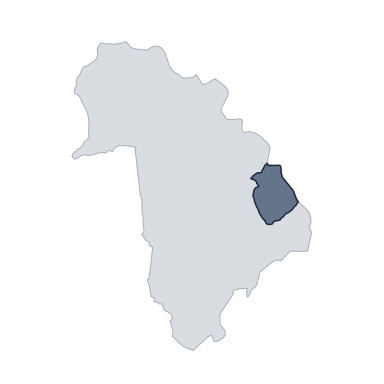 location of Soum within Burkina Faso, rotated 84°
{"feature_id": "BFA-2806", "entity_name": "Soum", "entity_type": "Province", "adm_level": 1, "iso_a3": "BFA", "parent_name": "Burkina Faso", "parent_adm1": "", "projection": "mercator", "projection_center": [-1.266, 14.274], "detail": "fine", "context": "in_parent", "style": "filled", "palette": "slate", "viewbox_px": 384, "rotation_deg": 84, "n_neighbors": 0, "source": "natural_earth", "source_scale": "10m", "svg_char_len": 4040}
<svg xmlns="http://www.w3.org/2000/svg" viewBox="0 0 384 384"><g transform="rotate(84 192 192)"><path d="M290.4,243.8L280.1,244.2L276.4,245.4L274.1,245.4L274.1,244.4L273.8,243.9L260.8,240.7L251.8,238.9L242.6,236.8L242.0,238.7L240.7,240.0L238.7,240.1L237.3,239.8L236.4,241.3L234.9,243.3L232.8,244.2L230.7,245.4L229.5,246.5L228.6,246.5L226.5,244.0L223.7,243.8L218.5,244.2L216.1,243.5L212.9,243.2L205.3,243.7L193.2,242.6L191.2,243.2L190.7,243.7L178.7,243.8L165.5,243.9L154.4,244.0L144.8,244.1L144.8,243.7L141.6,243.6L141.3,244.5L138.6,254.6L138.3,260.1L139.7,263.5L141.4,265.7L143.2,266.6L143.4,267.8L141.9,269.4L142.0,271.0L143.8,272.7L144.2,274.5L143.3,276.3L143.5,280.8L144.8,287.8L144.8,292.3L143.6,294.4L144.2,298.0L146.6,303.0L147.0,305.1L146.1,306.1L144.2,307.4L142.2,307.3L139.8,304.3L138.8,302.9L136.9,299.9L135.3,296.8L133.2,295.4L131.0,294.2L128.5,290.2L126.0,288.3L123.3,288.9L119.5,288.2L111.7,287.2L103.3,287.5L99.9,288.4L96.4,289.8L87.8,293.0L84.3,294.5L81.7,298.5L78.8,298.4L75.8,297.1L74.0,295.3L70.0,295.7L66.2,294.0L62.5,290.5L59.8,289.4L56.3,286.9L55.4,282.2L53.1,278.9L51.1,274.3L48.1,272.3L44.7,271.2L39.9,271.4L36.7,269.5L34.2,266.9L34.9,264.5L36.0,261.2L36.1,258.0L36.9,252.8L36.4,246.4L35.6,241.8L38.2,240.0L41.3,238.3L43.2,235.2L45.1,228.3L46.0,222.3L45.4,220.1L44.3,218.4L43.5,215.8L43.1,212.6L43.6,209.9L45.9,207.3L48.8,205.2L50.9,204.2L56.4,203.1L63.2,201.6L67.1,199.8L70.0,198.0L71.6,196.5L73.2,193.6L75.9,191.4L77.9,189.1L78.2,182.7L78.2,179.1L76.7,177.1L75.8,175.4L85.9,170.5L86.0,167.0L84.6,163.0L82.6,159.9L81.9,157.2L84.7,153.9L87.2,151.5L89.0,149.5L92.9,146.4L97.1,145.5L100.8,146.7L111.9,154.1L113.8,154.5L116.1,154.0L119.0,152.0L122.8,150.5L124.2,145.6L124.1,138.4L125.0,135.0L127.0,134.4L133.3,135.8L135.0,135.9L136.8,135.5L138.2,134.2L138.1,131.8L137.8,129.8L139.9,123.0L143.7,118.0L151.3,111.7L153.7,110.4L156.5,109.7L170.2,114.1L172.5,113.0L175.8,102.2L179.5,101.2L184.0,101.0L186.9,100.1L188.4,99.3L194.9,95.2L206.4,89.7L212.6,87.3L213.9,86.4L218.3,82.4L224.2,77.9L227.9,76.9L233.1,76.6L236.4,77.4L237.3,78.6L238.3,79.3L245.1,77.4L254.8,80.5L263.2,83.5L262.6,85.4L262.6,88.8L261.9,94.1L261.0,100.6L264.5,104.7L268.6,109.2L269.7,110.9L268.6,115.3L269.4,117.9L271.6,122.2L275.3,127.6L279.1,133.2L281.8,133.9L284.3,134.4L285.8,135.4L288.1,136.4L290.3,137.0L292.2,138.2L293.5,139.4L295.1,142.9L299.4,145.1L302.4,147.4L301.2,148.5L297.4,148.1L293.9,147.1L293.4,148.7L293.3,155.0L293.9,160.3L294.7,161.0L298.2,162.0L306.7,168.8L314.3,175.3L316.9,176.9L321.1,177.6L325.9,177.8L327.9,177.2L332.5,174.0L334.9,173.6L337.2,173.7L338.4,174.2L340.6,176.9L342.7,180.9L343.3,183.9L343.1,185.4L342.4,186.0L338.6,186.8L337.0,187.4L336.6,188.3L337.2,190.2L337.9,191.5L342.0,197.3L347.9,205.1L349.8,207.1L348.7,209.4L345.7,215.4L343.5,218.0L333.5,226.6L328.6,225.5L318.3,227.3L316.8,225.3L314.4,225.0L311.4,225.4L310.3,226.1L310.0,227.0L308.9,228.2L307.0,231.6L305.6,232.4L303.7,233.0L301.5,232.9L300.2,233.3L300.2,235.0L299.8,236.5L298.3,237.2L297.6,238.8L297.7,240.5L296.9,241.2L294.9,240.8L293.8,240.4L292.7,242.4L291.4,243.9L290.4,243.8Z" fill="#d9dde1" stroke="#a8b0b8" stroke-width="1"/><path d="M181.2,101.3L184.0,101.1L186.8,100.6L200.6,91.6L202.3,90.8L210.0,88.9L211.5,88.2L212.9,87.3L213.7,88.2L216.1,90.0L218.0,92.6L219.3,93.4L221.8,96.9L222.8,98.7L223.2,99.9L223.2,100.9L226.1,103.7L227.1,105.6L228.0,106.6L228.7,107.1L229.2,107.6L229.5,112.0L230.1,113.8L231.2,114.9L231.9,115.2L232.2,115.8L232.5,117.2L232.3,119.0L231.7,120.7L230.6,121.7L229.4,122.2L228.9,122.2L228.3,122.2L226.2,124.2L220.5,127.1L215.4,128.3L212.5,129.7L211.6,129.6L208.6,130.8L206.5,130.8L204.7,131.1L203.0,131.6L201.3,131.7L201.2,131.5L200.0,131.0L197.9,130.6L195.8,129.6L194.3,127.9L193.7,125.9L193.3,125.0L190.1,126.7L188.4,126.9L186.8,128.2L184.8,132.1L183.4,130.7L182.1,129.3L179.9,125.2L179.8,123.6L180.1,121.9L180.2,121.3L177.8,119.9L174.4,117.5L173.2,116.8L171.4,114.4L173.3,113.6L173.7,113.3L173.8,112.8L174.5,102.7L174.9,101.6L176.1,101.1L178.0,101.0L181.2,101.3Z" fill="#64748b" stroke="#1e293b" stroke-width="1.5"/></g></svg>